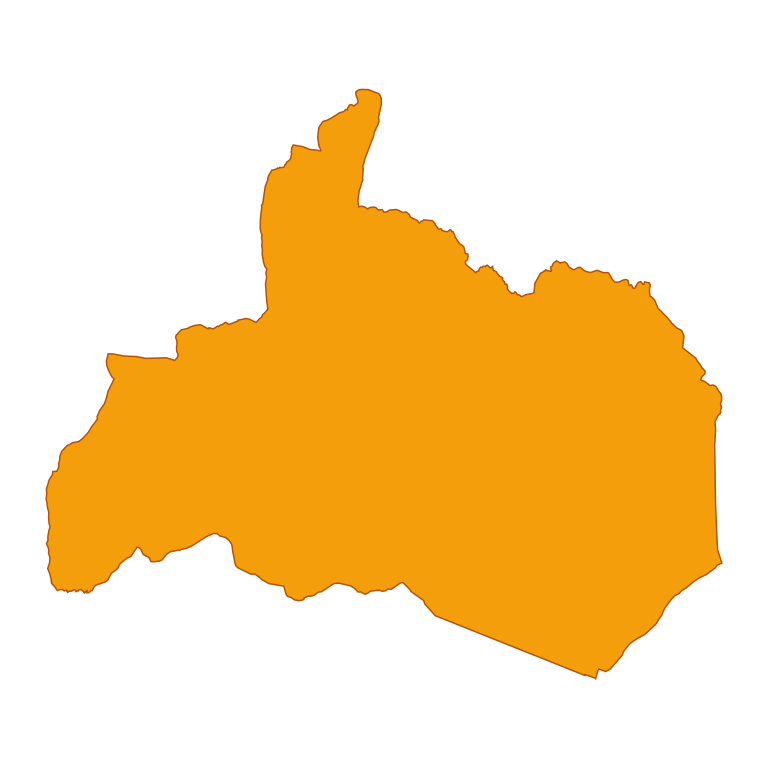 Njombe Urban, Njombe, United Republic of Tanzania (Equal Earth projection)
{"feature_id": "72390352B92677179016540", "entity_name": "Njombe Urban", "entity_type": "district", "adm_level": 2, "iso_a3": "TZA", "parent_name": "United Republic of Tanzania", "parent_adm1": "Njombe", "projection": "equal_earth", "projection_center": [34.794, -9.468], "detail": "fine", "context": "isolated", "style": "filled", "palette": "amber", "viewbox_px": 768, "rotation_deg": 0, "n_neighbors": 0, "source": "geoboundaries", "source_scale": "gbopen_adm2", "svg_char_len": 6041}
<svg xmlns="http://www.w3.org/2000/svg" viewBox="0 0 768 768"><path d="M595.6,678.6L597.7,671.3L598.9,669.1L606.0,671.5L610.5,668.8L622.0,655.5L623.9,651.0L629.6,643.8L636.6,638.9L645.0,634.3L656.0,624.0L659.4,618.3L662.0,614.8L663.4,610.8L665.7,606.9L671.3,599.4L674.5,596.0L678.9,593.6L681.5,590.8L686.0,588.0L693.5,581.8L699.6,577.7L706.1,574.6L710.7,571.3L715.1,568.0L717.1,565.2L721.9,563.1L717.7,550.2L717.2,544.0L715.5,503.1L714.7,444.9L715.6,429.9L715.0,421.7L718.0,415.6L720.2,413.5L720.7,412.4L720.6,410.5L721.5,407.0L720.5,403.4L721.6,400.9L721.6,396.3L720.7,393.3L719.8,392.7L715.9,386.4L712.9,385.0L709.8,385.5L704.8,381.5L700.4,379.9L702.0,376.7L705.0,373.7L705.0,371.0L701.8,367.5L700.1,364.5L697.1,360.8L695.9,358.3L682.6,347.8L684.0,336.3L682.1,331.3L680.9,330.1L676.5,327.8L671.8,323.2L667.3,317.6L657.9,308.1L654.7,300.1L651.3,296.8L650.1,296.5L649.5,292.2L649.6,288.4L650.3,285.3L649.4,282.9L644.6,281.9L643.9,284.1L642.9,284.3L640.8,281.7L639.3,282.0L637.6,283.2L634.9,288.1L634.0,288.3L632.9,287.9L631.5,284.9L629.0,285.2L628.2,280.9L627.0,279.8L625.5,279.5L623.4,280.0L618.8,282.1L614.8,282.2L612.5,279.6L608.8,273.2L608.1,272.6L603.4,272.7L597.1,270.3L590.5,272.5L586.7,271.7L584.2,270.5L580.2,267.3L578.1,267.5L575.0,269.3L573.2,269.7L568.7,266.7L567.0,263.5L564.9,261.9L560.2,262.9L556.5,260.8L553.7,262.9L552.6,264.4L552.3,266.0L550.9,266.7L550.6,268.6L551.4,270.6L551.3,271.1L550.0,271.3L545.6,269.9L545.6,270.8L544.2,270.9L542.7,272.2L540.4,273.3L534.9,283.4L533.9,292.7L531.9,293.6L526.1,294.6L521.3,296.8L520.5,295.7L519.0,294.9L517.4,294.8L515.8,292.2L514.9,291.9L513.8,293.3L511.6,293.3L508.9,291.1L507.2,288.5L507.5,286.2L506.6,284.0L505.0,284.0L504.5,281.7L503.4,281.1L502.3,279.0L502.8,278.3L501.8,277.2L499.7,276.4L497.0,273.2L496.5,271.9L493.2,270.3L492.6,266.5L490.8,268.0L489.7,267.5L487.4,265.2L486.0,265.7L485.4,266.6L483.6,266.1L481.9,267.3L480.5,267.2L479.1,269.4L479.0,270.7L476.4,271.8L475.7,272.7L466.5,265.0L465.7,263.9L465.3,261.5L467.6,259.6L468.1,255.6L467.9,254.2L465.4,253.4L463.9,247.2L462.5,245.5L459.8,243.9L455.1,237.0L454.8,235.6L452.9,231.5L451.9,231.6L450.7,229.9L450.0,229.7L447.8,231.6L445.5,231.6L441.9,230.4L441.4,229.1L440.5,228.8L439.4,229.3L438.2,228.6L435.4,224.9L434.9,223.3L432.3,220.7L423.9,219.9L419.0,222.9L417.4,220.5L410.4,217.1L409.3,214.6L406.7,212.3L405.3,212.0L402.5,212.5L399.0,210.4L395.9,209.5L389.1,210.2L387.6,211.5L384.2,212.4L382.2,209.6L378.7,210.0L377.2,209.2L375.9,207.5L373.0,207.1L369.6,207.6L367.6,209.0L365.7,207.5L362.4,206.3L360.5,206.3L358.7,206.9L357.9,200.7L359.3,190.0L360.4,187.7L361.5,183.2L362.8,180.0L362.6,177.9L363.2,169.1L362.8,166.0L363.9,163.2L364.8,159.1L373.5,136.3L374.2,132.5L378.2,123.9L379.0,121.1L378.6,117.0L381.4,103.9L381.2,98.2L379.7,94.7L378.3,93.5L368.2,89.6L361.5,89.4L358.5,90.0L356.0,91.6L355.9,94.4L358.1,101.4L357.7,103.1L353.8,106.0L351.6,104.6L349.4,105.0L348.5,107.1L347.8,107.5L347.3,109.8L345.7,109.4L343.9,111.5L339.6,112.7L332.1,117.6L327.1,120.3L322.8,121.5L318.8,127.7L317.7,137.5L318.9,145.5L320.8,150.4L320.3,150.9L315.0,149.8L310.1,149.6L302.6,146.6L293.2,145.0L291.9,147.5L291.2,152.5L291.7,153.7L290.5,158.6L289.7,159.9L286.5,162.3L286.1,164.0L285.1,164.6L284.0,166.9L281.7,167.7L279.8,167.3L278.8,168.4L277.8,168.0L276.4,169.0L271.7,170.3L268.3,176.2L267.6,180.2L265.2,186.7L262.6,204.2L261.6,205.0L261.7,208.0L260.4,218.8L260.2,228.1L260.8,231.7L262.0,235.4L261.6,237.4L262.2,241.6L261.8,245.5L262.4,250.4L262.2,254.6L263.6,262.4L264.8,266.3L266.8,269.0L265.9,273.0L266.7,277.4L265.5,283.8L266.7,300.9L267.8,309.2L264.3,313.4L262.6,314.6L261.5,317.3L259.5,318.7L256.6,322.0L255.3,322.2L249.7,319.3L246.1,318.5L237.9,320.2L238.0,320.9L228.7,324.6L226.1,322.4L224.8,322.7L221.9,324.7L220.2,325.2L218.6,326.6L217.3,326.2L213.9,328.6L212.8,328.8L209.0,327.7L208.6,328.9L208.0,328.8L200.8,324.8L195.2,325.3L189.6,327.2L187.7,328.4L181.2,329.9L176.2,335.1L175.6,337.3L176.9,341.1L177.0,344.4L176.5,347.3L176.7,351.1L178.1,354.9L177.5,357.4L174.7,360.4L166.4,357.8L145.8,358.4L136.5,356.6L123.6,356.0L113.3,354.0L108.2,353.8L106.4,360.9L106.8,365.3L108.3,369.8L110.7,374.7L112.0,377.0L114.1,378.9L107.9,391.7L106.5,397.8L104.4,403.8L99.5,410.8L97.1,416.7L97.4,419.2L91.6,426.8L88.3,432.3L83.2,438.0L79.0,441.4L72.2,442.8L70.0,444.4L67.3,445.4L61.7,451.3L59.9,456.3L59.5,460.6L58.7,463.4L58.9,466.1L58.2,468.5L56.8,471.3L52.9,471.5L52.2,475.1L49.3,479.5L46.4,489.2L46.8,493.9L46.1,498.7L47.2,503.8L47.5,507.7L48.8,512.3L48.6,517.0L49.0,523.0L50.0,527.0L49.0,530.2L47.9,536.4L47.9,540.6L46.5,543.6L48.2,547.6L48.9,550.8L48.5,553.2L50.0,557.4L49.5,562.9L47.7,568.5L49.8,573.8L51.0,578.6L51.6,583.5L54.4,586.3L57.3,590.5L60.4,589.6L62.3,589.6L64.4,590.9L66.4,590.2L67.5,590.9L66.9,591.4L67.7,592.3L69.4,591.3L71.8,591.1L74.1,589.6L75.4,590.2L76.2,591.7L77.9,590.6L78.2,590.9L78.8,589.9L81.1,589.6L83.3,591.4L83.9,591.4L83.9,592.7L84.5,593.0L87.0,590.8L87.1,592.9L88.9,592.6L91.2,590.6L92.2,590.6L94.0,587.1L96.0,585.0L105.0,582.1L107.7,580.2L111.2,573.4L116.1,569.9L118.3,567.6L119.4,564.8L120.7,563.2L127.1,558.0L130.7,556.6L137.1,547.2L138.8,547.5L140.9,549.4L143.0,554.1L145.5,555.9L148.0,556.9L149.7,558.6L150.7,561.5L153.6,561.8L159.8,561.0L162.3,559.7L166.4,554.5L169.9,551.9L178.5,550.1L179.9,550.3L181.4,549.4L186.9,548.2L192.2,545.7L206.6,536.5L213.5,533.5L217.2,533.7L220.3,536.1L225.3,537.4L229.0,540.4L231.5,543.9L232.3,546.9L232.5,550.1L235.0,563.2L235.7,565.4L236.7,566.7L238.2,568.0L251.1,574.2L254.6,574.0L259.4,577.2L262.1,579.7L268.8,583.6L283.8,586.2L286.2,594.5L287.7,596.4L291.0,597.4L294.4,599.8L299.1,600.7L303.1,599.9L304.0,599.1L304.1,598.2L304.6,597.7L307.8,596.3L312.0,596.0L314.4,595.1L318.2,592.1L321.6,591.7L331.6,585.0L334.6,583.4L339.2,583.2L350.4,585.8L354.5,588.3L358.1,592.0L361.0,592.0L365.1,594.3L368.3,592.9L370.2,591.2L379.2,590.1L382.5,591.3L385.8,590.6L388.2,588.9L391.2,589.4L400.2,583.0L403.0,582.6L409.9,589.5L411.2,591.6L423.8,600.7L424.7,603.8L435.3,615.7L585.0,675.5L585.1,674.6L595.2,678.1L595.6,678.6Z" fill="#f59e0b" stroke="#b45309" stroke-width="1.5"/></svg>